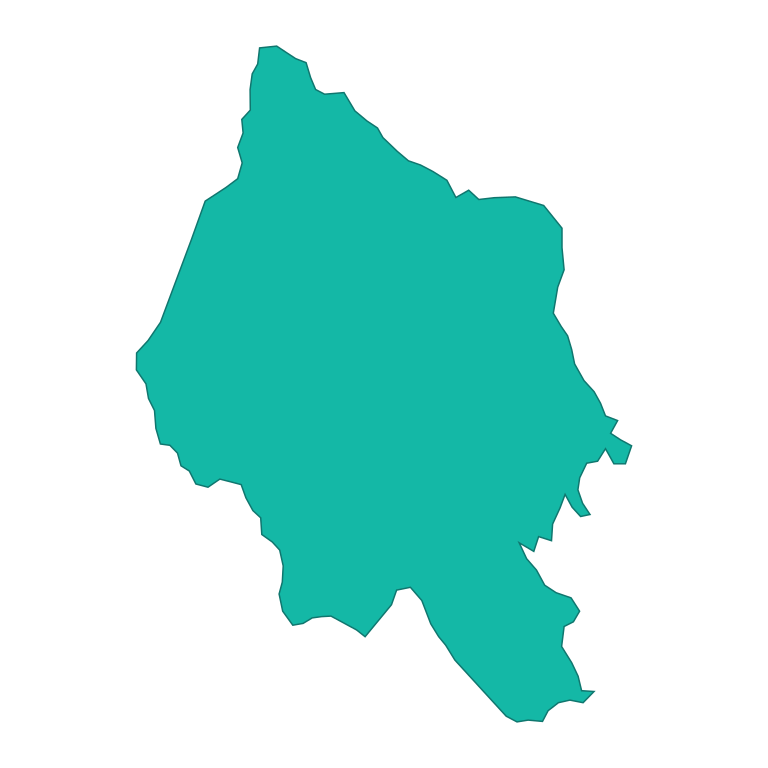 the district of São Bernardino, Santa Catarina, Brazil
{"feature_id": "56859067B58324669548024", "entity_name": "São Bernardino", "entity_type": "district", "adm_level": 2, "iso_a3": "BRA", "parent_name": "Brazil", "parent_adm1": "Santa Catarina", "projection": "equal_earth", "projection_center": [-52.979, -26.487], "detail": "fine", "context": "isolated", "style": "filled", "palette": "teal", "viewbox_px": 768, "rotation_deg": 0, "n_neighbors": 0, "source": "geoboundaries", "source_scale": "gbopen_adm2", "svg_char_len": 1787}
<svg xmlns="http://www.w3.org/2000/svg" viewBox="0 0 768 768"><path d="M283.2,565.9L282.3,582.1L279.1,594.0L282.7,611.2L292.8,625.2L303.1,623.4L312.2,617.9L321.7,616.6L331.0,616.1L344.5,623.4L356.5,629.9L365.1,636.7L391.5,604.7L396.6,590.1L410.4,587.3L421.8,600.5L430.8,623.9L438.7,636.7L445.7,645.2L454.9,660.1L506.2,716.2L517.0,721.9L528.1,720.1L542.5,721.4L548.1,710.7L558.4,702.7L569.9,700.1L583.1,702.7L594.0,691.5L581.6,690.7L578.1,676.2L571.7,662.7L561.6,646.5L564.1,626.5L573.4,621.8L579.6,611.2L571.1,597.9L556.1,592.7L544.7,585.2L536.5,570.1L526.6,558.7L519.2,542.8L533.8,551.4L538.6,536.6L551.5,540.7L552.6,524.1L560.0,508.0L565.1,494.4L572.1,507.2L580.6,516.5L590.0,514.5L582.6,503.3L577.9,489.8L579.7,477.8L586.7,463.2L597.6,461.2L605.5,448.7L613.9,463.8L625.4,463.8L631.6,445.8L620.5,439.8L610.6,433.3L617.6,420.6L605.5,415.9L600.5,403.2L594.1,391.7L584.0,380.6L574.6,363.9L571.7,349.6L567.6,335.8L561.2,326.5L553.3,313.2L555.6,299.7L557.7,287.2L564.1,269.8L562.0,247.7L562.0,228.2L543.7,205.5L515.4,196.9L494.4,197.7L478.8,199.5L468.7,190.2L455.9,197.5L446.9,180.3L432.9,171.5L420.5,165.0L408.4,160.8L397.3,151.4L382.9,137.6L377.5,128.0L367.0,121.0L354.9,110.9L344.0,92.6L334.5,93.4L324.6,94.2L315.6,89.5L310.6,77.6L306.1,62.7L295.6,58.6L285.7,52.1L276.7,46.1L259.6,47.9L257.7,64.0L252.2,73.9L250.1,89.5L250.3,110.1L241.8,119.4L243.1,133.0L237.7,147.5L242.2,162.9L237.7,178.7L225.8,187.6L205.2,201.1L191.4,239.6L160.5,322.3L148.1,340.5L136.6,353.0L136.4,369.9L146.0,383.9L148.5,398.5L154.5,410.5L155.9,428.4L160.4,444.0L169.9,445.3L177.5,453.1L181.0,465.8L189.3,471.0L195.9,484.0L208.0,487.2L219.8,479.1L231.3,482.0L241.2,484.6L245.9,497.8L252.9,510.6L260.7,517.8L261.8,534.5L272.3,542.0L279.7,550.1L283.2,565.9Z" fill="#14b8a6" stroke="#0f766e" stroke-width="1.5"/></svg>